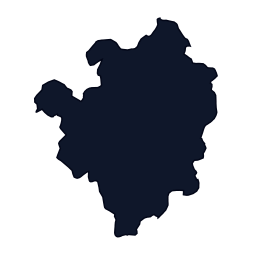 Minya al-Qamh, Ash Sharqiyah, Egypt, rotated 177°
{"feature_id": "37247803B22128077926758", "entity_name": "Minya al-Qamh", "entity_type": "district", "adm_level": 2, "iso_a3": "EGY", "parent_name": "Egypt", "parent_adm1": "Ash Sharqiyah", "projection": "natural_earth1", "projection_center": [31.353, 30.507], "detail": "fine", "context": "isolated", "style": "filled", "palette": "ink", "viewbox_px": 256, "rotation_deg": 177, "n_neighbors": 0, "source": "geoboundaries", "source_scale": "gbopen_adm2", "svg_char_len": 5195}
<svg xmlns="http://www.w3.org/2000/svg" viewBox="0 0 256 256"><g transform="rotate(177 128 128)"><path d="M72.6,224.6L73.4,227.9L73.6,228.6L73.9,229.1L74.4,229.7L75.4,230.5L76.5,231.4L77.9,231.7L80.1,232.3L81.9,232.8L84.3,233.5L86.1,233.5L87.7,233.6L88.1,233.8L89.3,234.3L90.3,235.3L90.4,236.0L92.2,235.6L92.7,235.1L93.0,234.9L93.0,232.5L92.7,229.8L93.5,227.9L95.0,225.5L96.1,224.0L96.9,223.2L98.4,221.3L99.5,219.8L101.0,218.6L103.2,218.3L105.0,219.5L105.2,219.4L105.5,219.2L108.0,217.6L110.2,216.1L112.5,212.7L114.4,208.4L114.8,208.4L116.6,206.9L118.8,206.5L120.3,206.6L122.5,206.2L124.4,205.9L129.9,206.8L130.1,206.9L131.3,207.2L131.6,207.7L132.4,208.8L133.5,210.4L134.5,212.4L134.9,212.8L135.6,213.9L139.4,216.4L140.7,217.2L141.4,217.2L148.0,217.0L149.9,217.0L152.1,216.7L153.2,216.7L155.4,215.6L155.8,214.8L156.9,213.6L158.8,211.7L163.0,207.1L165.2,205.6L165.6,203.3L165.6,201.7L164.9,199.4L164.2,197.4L163.9,195.4L163.2,193.9L162.3,192.6L158.8,193.0L157.3,194.1L155.4,195.3L154.3,196.0L151.3,197.5L150.2,197.9L150.4,197.4L152.1,193.2L155.2,187.8L155.2,187.4L155.6,184.3L154.9,182.4L153.4,181.9L152.7,181.1L152.5,179.4L152.4,178.4L152.2,172.1L153.3,171.0L154.4,170.6L155.2,170.2L155.9,169.9L162.1,170.0L164.3,169.7L165.8,169.1L166.9,168.6L169.2,166.7L170.7,164.4L170.3,163.6L170.7,162.0L170.7,160.5L171.8,158.8L172.3,158.1L173.0,157.4L173.4,157.0L173.9,157.1L182.5,162.7L182.4,164.1L182.4,164.6L182.0,167.3L183.1,168.9L184.5,169.7L187.1,171.0L188.2,172.6L189.6,174.6L191.1,175.4L194.3,177.4L196.4,178.5L199.1,179.8L205.0,178.0L210.9,175.0L211.6,171.7L211.7,170.8L212.8,169.6L217.3,165.4L219.6,162.4L219.6,160.0L219.7,158.8L217.5,156.5L217.2,151.8L218.7,149.5L218.8,148.8L218.4,148.7L212.8,151.3L210.3,148.1L207.4,145.3L204.1,143.3L202.3,143.2L201.2,144.4L197.9,145.5L197.5,144.3L197.2,144.2L196.4,143.9L194.6,143.0L194.2,143.0L193.5,141.4L193.5,140.7L193.6,139.1L194.3,136.4L195.1,134.1L195.9,132.5L195.2,130.9L190.9,125.4L190.1,124.6L190.5,123.8L196.9,118.1L197.9,116.4L197.7,115.0L196.6,111.1L197.4,109.4L198.9,106.0L199.4,104.9L200.5,102.2L199.0,100.6L196.5,98.9L189.3,92.1L188.2,90.9L186.0,88.6L185.3,85.0L184.3,81.9L183.8,81.6L182.8,81.1L181.4,80.6L179.5,81.0L178.0,81.7L175.4,83.6L171.3,86.3L170.5,86.4L169.5,86.6L170.0,81.2L169.6,79.2L169.3,77.6L168.9,76.8L168.2,76.4L166.7,76.4L164.5,77.1L162.3,77.1L161.8,76.6L160.9,75.9L159.9,70.0L159.6,66.1L156.7,60.5L155.7,51.8L155.4,50.0L155.0,49.5L154.7,49.2L154.7,48.8L150.7,46.4L145.6,42.7L146.0,40.4L145.3,38.8L144.6,36.8L144.8,36.4L145.4,34.5L145.8,31.7L145.9,30.4L146.3,27.5L146.7,24.0L146.4,22.0L145.8,21.2L145.3,20.5L144.2,20.0L143.9,20.0L142.7,20.0L140.9,20.4L139.4,21.1L135.7,21.8L134.3,21.2L133.1,21.7L128.0,21.0L126.5,20.8L124.6,22.3L124.6,24.7L125.0,25.5L124.9,26.6L121.5,31.3L121.1,33.2L120.8,34.4L118.8,35.7L117.7,36.5L117.1,36.8L116.3,37.4L113.3,38.1L112.6,38.1L110.2,38.3L108.9,39.3L108.5,39.6L106.3,40.3L105.2,39.1L104.0,38.5L102.7,37.9L102.7,36.7L102.1,37.1L101.7,37.5L100.8,38.4L99.2,39.8L98.7,40.2L97.6,41.2L97.2,41.6L96.9,42.0L94.7,44.1L94.6,44.3L93.2,46.9L92.2,48.9L92.1,50.4L92.1,53.2L92.0,54.3L92.0,55.2L91.8,57.9L91.3,59.1L90.7,60.8L89.2,61.9L87.7,63.0L85.8,63.2L84.9,63.2L82.9,63.3L80.6,63.2L80.1,63.2L77.3,62.9L77.0,62.9L75.7,62.6L75.8,62.3L75.8,61.5L75.9,59.9L76.1,59.2L76.1,58.5L74.5,58.2L73.6,58.0L72.8,57.9L71.4,57.9L70.5,58.1L66.5,59.2L62.8,61.4L62.6,61.7L60.6,64.6L60.4,67.5L60.3,68.3L60.2,69.4L60.4,70.5L60.5,71.1L61.0,72.9L62.4,72.7L62.7,74.4L63.3,75.2L63.4,75.6L63.7,76.5L63.6,77.2L63.4,78.0L62.4,78.8L62.1,79.4L61.9,79.8L62.5,81.3L62.8,81.5L63.8,82.7L64.1,83.2L64.6,84.6L65.4,86.9L65.5,87.6L65.8,89.2L64.2,91.6L63.2,92.3L60.0,92.4L57.1,93.3L55.8,93.8L55.0,94.1L54.6,94.2L54.2,96.0L54.2,96.8L54.3,98.7L52.9,100.7L51.3,103.8L51.7,105.2L52.3,106.6L52.6,107.4L52.3,108.3L54.1,110.8L54.6,112.2L55.0,113.5L56.1,114.2L55.6,115.3L54.9,117.0L54.7,117.5L54.0,119.3L53.6,120.3L53.1,121.8L52.3,123.8L51.8,124.9L50.5,126.7L50.1,126.9L48.0,128.1L46.9,128.8L45.6,129.5L43.8,130.9L42.9,131.8L41.6,132.8L41.4,133.1L39.7,135.8L39.5,136.3L38.7,138.5L38.6,138.9L38.6,139.5L38.7,140.4L38.8,141.3L39.0,143.5L39.0,144.3L39.0,148.0L38.9,149.8L38.8,154.0L38.8,156.1L38.9,156.3L40.0,158.9L42.8,161.4L42.8,162.8L42.7,163.1L42.1,164.8L42.0,167.2L43.1,168.1L43.4,168.3L43.2,168.9L43.1,169.3L43.0,170.2L42.2,170.8L41.3,171.3L40.8,171.7L39.7,172.5L38.6,173.3L37.9,174.0L36.3,175.4L36.5,176.4L36.6,176.8L36.7,177.1L36.9,177.9L36.9,178.1L37.4,179.4L37.6,179.9L37.9,180.8L38.2,181.4L38.6,182.3L38.9,182.5L40.2,183.3L41.0,183.4L41.3,183.4L43.3,183.6L44.0,183.7L45.0,183.8L46.1,184.6L46.4,185.1L47.5,186.5L49.7,188.2L50.1,188.2L50.9,188.3L51.7,188.4L52.2,188.5L54.4,188.7L56.7,188.7L58.1,189.0L60.1,189.4L60.9,192.2L61.2,193.1L61.3,193.5L62.7,194.4L63.3,194.9L63.7,195.2L65.5,196.8L65.8,197.0L67.8,198.5L68.4,199.0L68.3,199.3L67.9,200.1L67.5,201.0L67.2,201.6L67.1,202.0L66.9,202.8L66.8,203.7L66.7,204.1L66.6,204.8L66.5,205.2L66.4,205.8L66.0,206.0L65.7,206.2L64.9,206.7L64.6,206.8L64.3,206.8L63.5,206.8L63.0,206.8L62.2,206.8L61.6,206.6L62.5,209.2L63.1,211.2L63.2,211.5L64.2,213.3L64.4,213.4L66.4,214.5L67.1,215.4L68.1,216.9L68.3,217.2L69.0,218.3L70.5,221.0L71.5,222.8L72.6,224.6Z" fill="#0f172a" stroke="#020617" stroke-width="1.5"/></g></svg>